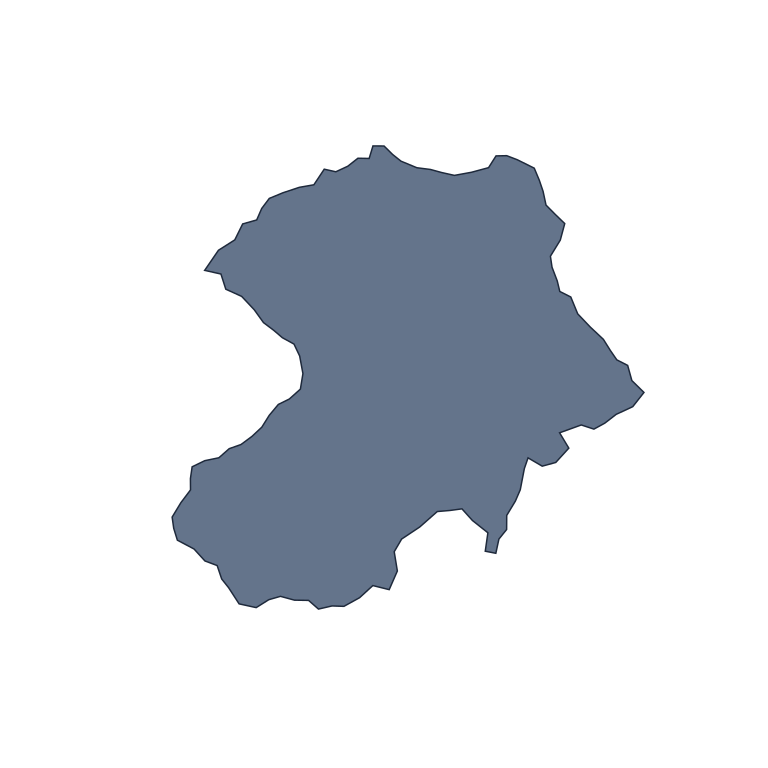 the district of Caiana, Minas Gerais, Brazil, rotated 37°
{"feature_id": "56859067B54164523766538", "entity_name": "Caiana", "entity_type": "district", "adm_level": 2, "iso_a3": "BRA", "parent_name": "Brazil", "parent_adm1": "Minas Gerais", "projection": "orthographic", "projection_center": [-41.908, -20.729], "detail": "fine", "context": "isolated", "style": "filled", "palette": "slate", "viewbox_px": 768, "rotation_deg": 37, "n_neighbors": 0, "source": "geoboundaries", "source_scale": "gbopen_adm2", "svg_char_len": 1610}
<svg xmlns="http://www.w3.org/2000/svg" viewBox="0 0 768 768"><g transform="rotate(37 384 384)"><path d="M596.7,234.3L579.9,232.1L567.4,222.5L555.4,224.6L544.6,221.0L532.3,216.3L514.6,214.4L496.5,211.4L480.8,202.1L468.7,204.3L460.3,197.4L447.9,189.6L440.0,181.8L438.2,163.0L431.8,147.1L418.8,145.5L405.7,143.6L395.1,134.4L385.4,127.8L374.1,121.2L355.4,124.7L344.6,127.8L336.2,134.4L337.3,148.3L326.4,162.3L314.7,175.0L302.8,180.4L292.0,184.7L280.1,191.5L263.5,195.8L252.7,195.5L240.8,193.9L231.9,200.5L236.4,212.8L227.3,219.4L224.0,231.9L217.8,243.5L207.0,248.4L208.1,267.1L198.0,277.9L188.2,292.1L180.7,304.8L180.7,317.4L183.6,329.6L174.8,341.2L178.1,358.7L171.3,376.8L172.4,401.2L187.6,394.3L200.6,403.5L217.6,399.7L235.7,402.8L250.8,407.5L263.6,407.5L275.0,408.2L288.1,406.3L299.8,412.4L313.0,424.5L320.3,438.4L317.4,453.0L311.9,463.9L311.2,478.1L312.4,492.0L310.1,505.2L306.2,518.4L299.3,528.8L296.5,542.3L287.0,553.1L280.6,565.6L286.3,576.0L293.2,585.0L293.2,601.0L294.9,617.8L302.9,625.8L313.0,633.1L331.6,630.1L347.5,633.1L360.0,629.4L371.7,637.4L382.5,640.2L400.6,646.8L416.5,639.5L421.8,625.6L429.1,615.9L442.6,610.5L454.0,602.2L467.1,603.2L476.1,592.5L485.8,585.7L493.1,569.4L496.4,551.7L511.9,545.1L507.2,525.3L493.1,511.8L491.4,497.2L498.6,476.7L503.3,453.8L512.8,445.3L521.4,436.8L536.8,439.8L556.5,440.3L565.5,456.6L575.2,451.9L569.1,438.7L569.5,426.4L561.1,415.1L559.4,398.5L556.5,386.5L547.0,367.1L543.5,356.3L559.8,354.4L568.4,343.3L570.2,324.0L553.6,317.3L566.2,298.0L578.8,293.7L583.9,282.4L587.7,268.5L596.3,252.4L596.7,234.3Z" fill="#64748b" stroke="#1e293b" stroke-width="1.5"/></g></svg>